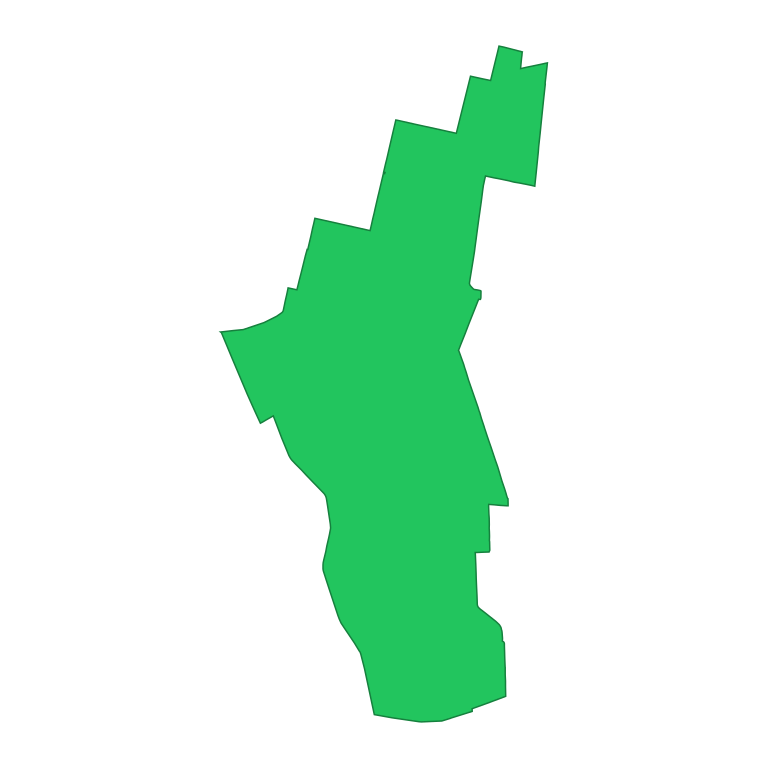 outline of Dorobantu, Calarasi, Romania
{"feature_id": "2599482B87906677909085", "entity_name": "Dorobantu", "entity_type": "district", "adm_level": 2, "iso_a3": "ROU", "parent_name": "Romania", "parent_adm1": "Calarasi", "projection": "equal_earth", "projection_center": [27.004, 44.232], "detail": "fine", "context": "isolated", "style": "filled", "palette": "green", "viewbox_px": 768, "rotation_deg": 0, "n_neighbors": 0, "source": "geoboundaries", "source_scale": "gbopen_adm2", "svg_char_len": 4061}
<svg xmlns="http://www.w3.org/2000/svg" viewBox="0 0 768 768"><path d="M503.8,47.1L499.0,46.1L497.3,53.2L496.1,58.0L490.6,80.5L482.4,78.8L470.5,76.2L463.6,103.9L462.8,107.1L456.3,133.3L440.5,129.8L415.3,124.3L397.1,120.2L395.8,120.0L395.0,123.6L393.5,129.9L389.0,149.3L387.7,155.0L386.6,159.7L385.7,163.2L383.6,172.2L385.0,172.5L384.6,173.7L383.4,173.5L378.9,192.6L378.1,195.8L375.0,209.2L374.2,212.9L372.8,218.6L371.8,223.2L370.1,230.6L368.2,230.2L352.6,226.7L314.9,218.3L313.6,224.1L312.7,227.7L311.6,232.8L310.8,236.6L310.1,239.5L308.2,247.6L307.8,249.5L307.1,249.4L307.0,250.0L306.4,252.1L305.4,255.7L304.1,261.0L302.9,265.9L301.1,273.1L299.2,280.5L298.3,284.2L296.9,289.8L288.1,287.9L287.1,292.8L286.5,295.5L285.5,299.8L285.0,302.1L284.3,305.6L283.3,310.3L283.0,311.3L282.4,312.1L281.9,312.6L279.5,314.3L276.6,316.3L264.0,322.6L256.6,325.1L243.2,329.6L232.9,330.6L222.5,331.8L220.6,332.0L221.4,332.6L232.1,358.3L247.3,394.3L252.2,405.3L256.0,413.7L260.4,423.2L262.7,422.0L265.7,420.2L269.0,418.3L273.3,415.9L276.9,425.3L281.7,438.0L287.1,451.1L287.3,451.6L288.9,455.5L290.0,457.5L290.8,458.8L291.9,460.2L295.2,463.7L297.4,465.9L301.4,469.9L306.0,474.9L313.6,482.8L318.1,487.4L324.1,493.6L324.7,494.5L325.4,495.6L325.8,496.5L326.3,498.0L326.8,500.9L327.6,506.0L328.9,514.7L330.1,522.7L330.3,524.0L330.6,527.8L330.5,528.9L329.5,534.2L328.8,537.5L326.8,546.1L325.8,551.6L324.8,555.7L323.8,559.8L323.2,562.6L323.0,564.9L323.0,566.7L323.0,568.9L323.3,570.8L326.1,579.6L329.4,589.7L337.9,615.4L339.2,618.9L341.1,623.1L344.0,627.5L354.3,642.8L359.4,651.2L360.1,652.1L360.8,654.1L364.5,668.6L374.3,714.6L392.1,717.8L418.9,721.7L421.4,721.9L441.8,721.0L450.2,718.4L451.7,717.8L452.4,717.6L472.2,711.4L472.1,708.7L490.3,702.1L505.7,696.3L505.5,686.3L505.5,680.9L505.2,674.7L505.2,667.4L505.1,666.8L504.8,659.3L504.7,656.2L504.6,652.2L504.4,646.0L504.4,643.7L504.3,643.2L504.1,642.6L503.8,642.1L503.3,641.6L502.8,641.4L502.4,641.2L502.3,640.9L502.4,640.4L502.5,639.2L502.5,638.3L502.4,636.7L502.1,632.8L501.9,631.0L501.5,629.8L501.2,628.3L500.9,627.3L500.5,626.6L499.8,625.4L499.2,624.6L498.7,624.1L496.8,622.3L495.6,621.2L494.6,620.4L489.4,616.3L486.4,613.9L482.2,610.6L480.3,609.2L478.4,607.4L477.8,606.4L477.5,605.5L477.3,604.6L477.0,595.7L476.8,591.8L476.5,585.2L476.2,577.9L476.1,573.5L475.8,564.8L475.4,555.1L475.2,552.5L476.9,552.5L482.9,552.2L489.0,552.0L489.0,551.8L489.4,551.2L489.7,550.6L489.8,549.9L489.7,546.3L489.7,545.7L489.6,541.7L489.4,540.5L489.5,537.1L489.5,535.3L489.4,531.8L489.2,528.2L489.3,524.6L489.2,518.4L488.9,513.9L488.6,505.6L488.7,504.4L494.2,504.8L500.4,505.4L507.1,505.8L508.1,505.8L508.1,504.0L508.0,498.7L507.5,498.2L506.8,496.2L506.0,493.3L504.6,488.8L501.9,480.9L498.2,468.4L497.4,465.9L495.2,459.7L493.2,453.7L491.0,447.1L488.9,441.1L487.1,435.8L485.0,429.4L484.7,428.6L484.1,426.5L481.4,418.4L479.8,412.8L479.1,411.0L478.1,407.6L468.4,379.7L468.3,379.3L466.2,372.3L464.6,367.5L463.7,364.4L463.1,362.7L462.1,360.0L460.5,355.5L459.3,352.2L458.8,350.8L458.7,350.6L458.5,350.4L460.8,344.4L462.5,340.2L465.3,333.2L465.9,331.6L469.0,323.5L474.9,308.7L478.6,299.3L478.8,299.3L479.6,299.4L480.4,299.4L480.7,298.7L480.9,297.3L481.0,291.3L480.8,290.8L480.0,290.5L477.7,290.0L474.0,289.4L473.2,288.8L471.4,286.9L470.1,285.4L469.4,283.5L469.7,281.2L473.3,259.1L474.5,251.4L475.0,247.4L476.1,239.3L477.4,229.4L478.7,219.8L480.0,210.6L481.3,201.4L482.1,195.1L482.8,189.6L483.3,186.1L483.3,185.8L483.8,183.6L484.7,179.3L485.5,176.0L488.3,176.6L494.3,177.9L497.7,178.5L501.7,179.3L505.0,180.0L508.4,180.7L509.7,181.0L510.4,181.2L513.1,181.9L514.0,182.1L515.1,182.3L517.0,182.6L520.5,183.2L523.4,183.8L525.1,184.1L529.0,184.9L531.0,185.3L534.8,186.2L535.0,184.0L536.1,173.6L538.3,152.0L538.7,146.6L540.2,132.8L541.1,123.7L543.6,99.5L545.3,83.9L545.1,83.4L547.0,66.9L547.2,64.7L547.4,62.9L544.8,63.4L543.6,63.7L539.9,64.5L535.6,65.4L531.8,66.2L527.8,67.0L525.0,67.6L521.1,68.5L520.6,68.6L520.8,66.1L521.1,62.8L521.6,57.8L521.9,55.7L522.1,53.3L522.2,52.2L522.3,51.9L508.4,48.3L503.8,47.1Z" fill="#22c55e" stroke="#15803d" stroke-width="1.5"/></svg>